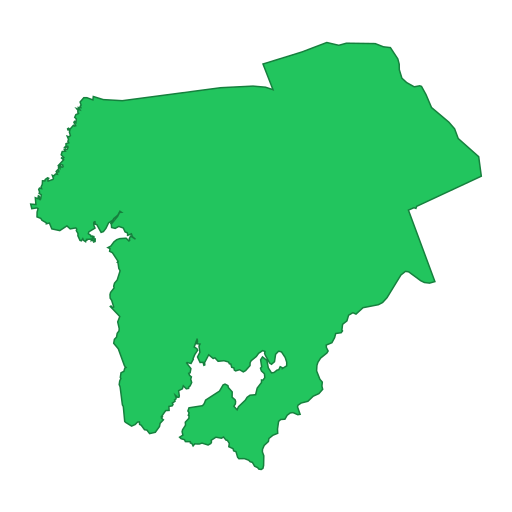 Manurewa Local Board Area, Auckland, New Zealand (Equal Earth projection)
{"feature_id": "76426892B47640846355576", "entity_name": "Manurewa Local Board Area", "entity_type": "district", "adm_level": 2, "iso_a3": "NZL", "parent_name": "New Zealand", "parent_adm1": "Auckland", "projection": "equal_earth", "projection_center": [174.869, -37.024], "detail": "fine", "context": "isolated", "style": "filled", "palette": "green", "viewbox_px": 512, "rotation_deg": 0, "n_neighbors": 0, "source": "geoboundaries", "source_scale": "gbopen_adm2", "svg_char_len": 5959}
<svg xmlns="http://www.w3.org/2000/svg" viewBox="0 0 512 512"><path d="M301.8,52.0L263.0,64.0L273.0,89.7L265.5,87.2L253.0,86.1L220.8,87.7L122.3,100.7L103.3,99.6L93.3,96.5L92.9,99.9L86.9,97.7L83.8,97.7L80.1,102.0L81.1,105.1L80.2,106.3L80.8,107.6L78.4,107.5L79.9,109.8L76.6,108.6L78.0,110.4L77.8,112.1L78.5,113.5L75.9,114.6L74.7,117.4L76.3,118.8L75.9,122.6L74.5,121.4L73.9,122.3L75.7,125.7L74.4,126.1L73.4,125.3L69.9,129.3L68.5,128.2L67.6,128.8L67.9,129.9L69.9,130.0L69.4,132.1L70.4,135.6L69.0,136.8L67.2,136.2L68.5,139.3L67.9,141.4L68.7,142.8L66.0,143.7L66.0,146.2L64.5,147.4L65.2,147.9L67.7,146.3L68.1,147.1L67.2,149.4L64.3,149.4L65.4,151.2L62.2,151.5L61.2,154.8L63.9,157.6L63.1,158.3L61.0,157.7L63.6,159.8L58.8,165.0L62.6,164.8L63.1,166.7L62.1,167.3L60.4,166.2L60.1,167.9L59.2,166.1L58.5,166.3L58.6,169.0L57.3,170.2L58.8,170.9L58.7,171.8L56.7,172.0L55.9,170.8L57.4,174.3L55.5,174.0L54.0,175.8L52.3,175.3L53.4,178.4L53.0,179.4L48.1,181.1L47.8,179.7L48.7,178.3L47.6,177.8L45.2,179.5L44.9,180.9L42.5,180.8L42.3,184.3L41.1,186.9L41.6,188.6L39.5,188.1L38.7,189.4L39.6,192.1L39.1,193.4L41.3,194.7L40.7,198.9L40.1,199.7L39.5,199.3L39.3,196.3L38.4,195.8L37.9,198.7L35.3,197.7L35.9,204.5L30.7,204.1L31.8,208.7L36.7,207.9L38.1,208.6L37.1,212.0L37.0,216.9L40.8,218.4L41.9,220.2L46.3,222.8L46.3,223.8L49.4,223.0L51.8,228.9L59.8,230.6L66.9,225.9L70.2,228.9L75.8,227.9L76.8,229.2L76.3,230.6L78.0,233.5L77.9,235.8L80.0,240.4L81.4,240.8L82.8,238.7L83.5,240.3L85.6,241.7L85.8,240.6L86.8,240.3L86.6,239.4L91.1,239.1L91.2,240.5L92.3,239.4L92.6,240.7L94.2,240.7L93.9,241.9L95.1,241.5L95.2,239.0L94.1,239.2L93.9,236.6L93.0,236.6L93.3,238.0L92.4,238.6L92.5,236.1L90.9,236.4L90.8,235.4L88.3,233.7L88.9,231.8L95.0,228.1L93.8,225.3L93.7,222.7L94.4,221.7L95.0,221.7L95.2,224.2L96.8,224.6L101.1,232.4L103.4,231.6L105.9,228.4L108.6,222.8L111.7,220.9L110.6,224.2L113.7,218.6L117.8,215.2L119.9,211.2L121.5,212.3L119.6,212.5L117.6,216.4L111.3,224.1L111.6,227.5L115.2,228.4L118.8,226.4L123.3,228.0L125.1,231.9L127.3,232.8L127.8,234.9L127.1,235.6L131.4,233.8L132.4,236.7L135.5,239.2L130.6,236.1L129.3,238.7L129.7,240.3L128.9,241.0L126.1,238.2L119.8,238.6L116.7,239.7L114.0,241.8L110.8,246.1L107.9,247.6L110.0,248.6L109.6,251.3L112.4,252.7L118.1,261.4L117.3,262.3L118.0,262.7L118.8,268.4L120.1,270.8L117.2,280.0L114.5,283.2L113.7,286.2L114.1,287.9L110.6,292.4L110.0,294.6L110.2,298.2L111.7,300.4L113.7,307.0L112.4,307.6L111.0,306.0L110.3,306.5L119.8,316.5L117.7,321.9L119.2,328.6L119.0,330.9L117.2,333.3L116.5,337.2L114.4,339.3L113.7,343.3L118.3,348.8L124.5,365.9L126.0,367.5L124.8,368.0L123.9,371.3L121.0,372.8L120.3,377.4L120.9,378.4L119.7,381.0L119.2,384.6L120.1,386.8L122.4,404.9L123.3,406.5L124.7,421.4L125.5,422.3L131.6,426.1L135.2,424.5L137.5,422.1L139.4,421.9L139.6,424.4L141.2,425.2L144.5,429.7L146.9,430.1L149.6,433.6L155.3,432.3L159.5,426.5L160.1,423.3L163.4,419.8L161.6,418.3L162.3,416.8L161.4,416.7L165.7,410.6L169.1,410.4L168.9,406.4L172.1,405.9L173.0,404.6L172.3,403.1L175.0,401.3L174.6,399.8L175.7,399.3L176.2,397.9L175.2,395.1L177.7,397.3L178.9,397.2L179.3,395.9L178.6,390.7L182.4,388.8L183.3,385.8L186.3,388.8L188.6,388.4L188.8,387.0L190.1,385.9L191.7,382.5L190.7,379.2L191.4,376.9L189.6,375.4L188.7,373.3L190.1,372.8L190.9,368.6L186.6,363.0L187.1,362.5L191.0,363.5L193.3,359.3L193.0,358.8L194.8,354.5L197.6,350.3L196.9,348.7L194.2,347.0L197.2,338.6L197.5,341.9L196.7,343.7L200.0,344.1L199.0,346.1L199.9,352.3L197.5,357.0L200.1,362.5L203.0,362.3L203.9,365.3L204.8,364.9L204.6,362.6L208.7,354.8L213.2,358.5L214.9,357.8L218.1,361.3L224.0,360.7L228.5,362.0L229.4,363.8L230.8,364.0L231.7,367.3L233.9,367.9L234.3,370.0L235.6,370.9L239.6,369.7L243.3,371.9L245.6,370.6L250.0,365.6L250.1,362.6L251.2,360.7L256.3,356.5L258.6,353.3L262.7,350.6L265.0,351.5L264.6,353.4L265.3,355.2L269.6,363.0L271.5,364.3L274.5,361.7L275.6,354.3L278.6,351.2L281.5,351.9L285.2,357.5L286.7,362.2L286.7,365.8L282.4,368.5L282.4,367.8L280.2,366.7L278.8,369.7L277.0,370.1L274.1,372.5L271.5,372.9L268.3,367.9L266.9,360.4L262.5,356.9L260.6,359.8L261.7,366.9L260.5,368.2L261.4,370.9L264.4,373.7L264.8,377.6L263.0,380.1L261.5,380.0L261.5,382.5L257.2,388.1L255.6,394.7L250.0,395.2L247.1,397.3L245.3,400.2L238.5,406.7L237.1,409.8L233.9,406.3L235.4,403.9L235.6,401.4L235.1,399.8L232.1,397.2L232.2,391.9L228.4,387.6L227.9,385.6L225.0,384.1L223.1,384.9L219.5,391.1L205.6,400.1L204.2,403.6L202.5,405.7L189.0,407.8L187.9,411.0L189.1,412.9L188.3,415.3L189.0,415.6L188.9,418.3L185.3,422.2L185.5,425.2L182.6,429.7L182.1,431.7L182.9,435.1L179.6,437.2L181.1,438.7L184.5,439.7L185.4,441.6L190.3,441.7L190.4,443.0L191.8,443.4L193.1,445.9L194.7,443.9L199.3,444.0L202.0,443.1L208.1,445.0L210.8,443.5L211.5,442.1L211.2,440.3L215.9,437.2L221.5,438.2L223.5,437.0L226.0,440.1L227.4,440.4L229.3,443.4L228.8,446.7L233.1,448.7L233.6,450.8L236.0,451.7L237.6,457.2L238.9,458.7L244.4,458.6L248.7,460.2L250.1,461.7L252.4,462.4L254.6,466.2L257.6,467.6L258.8,469.1L261.2,469.5L262.9,468.4L263.6,465.5L263.8,455.8L262.4,451.9L262.5,449.3L264.2,445.4L268.4,441.5L268.9,438.5L273.0,435.2L277.7,433.3L277.5,429.0L278.6,421.4L280.7,419.5L284.9,419.2L287.2,415.2L290.3,412.9L293.0,412.6L297.8,414.7L300.1,414.3L297.5,406.9L298.0,405.2L301.2,403.0L307.9,401.3L313.2,396.2L318.9,393.6L322.7,389.3L321.9,386.1L322.3,382.1L319.9,379.3L316.6,370.9L316.9,365.5L317.9,362.3L320.6,358.1L326.9,353.0L328.1,351.0L326.4,347.6L326.2,345.1L331.9,342.7L334.6,337.7L335.7,333.5L341.2,332.7L342.5,330.9L341.9,329.9L342.6,324.3L346.9,320.9L348.6,315.2L352.9,312.7L356.0,314.1L363.0,307.7L378.4,304.7L382.6,302.5L387.0,297.7L400.9,275.0L405.4,271.4L408.6,271.8L420.7,280.7L424.4,282.5L429.6,283.1L434.9,281.6L408.4,210.1L414.0,207.7L415.9,208.4L416.7,206.3L481.3,176.2L478.7,156.7L458.2,138.5L454.6,128.8L448.8,122.1L431.5,107.5L426.0,94.6L421.5,86.4L419.7,85.8L414.2,86.8L406.7,82.6L401.9,78.2L399.3,69.7L399.2,64.2L397.8,58.9L390.4,47.6L383.4,46.8L375.2,43.6L346.4,43.2L338.8,45.3L326.8,42.5L301.8,52.0Z" fill="#22c55e" stroke="#15803d" stroke-width="1.5"/></svg>